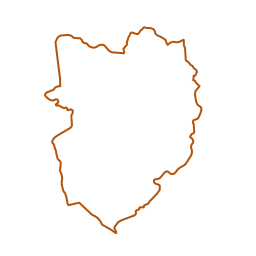 an SVG outline of Copperbelt, rotated 81°
{"feature_id": "ZMB-517", "entity_name": "Copperbelt", "entity_type": "Province", "adm_level": 1, "iso_a3": "ZMB", "parent_name": "Zambia", "parent_adm1": "", "projection": "mercator", "projection_center": [27.632, -13.082], "detail": "fine", "context": "isolated", "style": "outline", "palette": "amber", "viewbox_px": 256, "rotation_deg": 81, "n_neighbors": 0, "source": "natural_earth", "source_scale": "10m", "svg_char_len": 4642}
<svg xmlns="http://www.w3.org/2000/svg" viewBox="0 0 256 256"><g transform="rotate(81 128 128)"><path d="M97.8,50.9L98.3,51.3L102.1,55.6L104.6,56.4L108.6,56.7L112.7,56.5L115.6,55.8L117.3,54.4L118.3,53.2L119.4,52.5L121.7,52.7L123.5,53.4L128.6,56.5L129.9,58.1L130.2,60.4L130.8,62.4L132.8,63.0L134.4,62.7L135.8,62.6L142.4,63.2L143.2,63.8L143.5,64.5L143.7,65.4L144.1,66.2L146.3,68.0L147.6,67.4L148.9,66.1L151.1,65.5L152.9,66.3L154.2,67.6L155.8,68.7L158.1,68.7L159.9,68.4L161.7,68.6L163.4,69.1L164.9,69.9L172.3,76.4L173.6,78.4L175.3,82.9L176.4,85.0L179.4,88.2L180.4,89.9L180.3,92.3L179.3,93.8L177.8,94.8L176.9,96.2L177.5,98.5L179.4,100.9L181.4,102.9L182.8,105.1L183.1,109.8L184.0,110.7L185.4,110.7L186.8,110.1L187.6,109.0L188.9,106.4L190.1,105.6L194.3,106.5L197.9,110.2L203.9,118.2L205.5,119.6L206.1,120.6L206.9,123.9L207.3,124.3L208.5,124.7L208.9,125.1L208.8,125.6L208.4,126.6L208.4,127.0L208.4,127.4L208.3,128.4L208.4,128.9L208.8,129.3L209.3,129.4L209.8,129.5L210.0,129.7L210.9,132.9L211.7,133.4L213.5,133.5L214.3,133.9L215.3,135.2L218.1,148.8L219.5,152.6L222.3,155.3L223.4,156.7L224.9,157.0L226.5,156.7L228.2,156.1L229.8,156.1L229.6,156.7L229.4,157.0L229.1,157.4L225.6,160.9L219.9,168.1L219.5,168.4L219.2,168.7L215.6,170.0L212.5,171.8L211.8,172.4L209.9,174.4L208.3,176.7L207.7,177.4L194.9,187.3L194.6,187.6L194.3,187.9L194.2,188.4L194.9,198.6L194.4,199.1L193.5,199.5L186.3,199.7L182.8,200.3L182.3,200.5L181.2,201.2L180.3,201.6L179.9,201.7L179.3,201.8L173.5,202.3L171.8,202.1L167.6,200.9L166.7,200.8L163.8,200.9L162.2,201.2L160.4,201.7L159.7,201.8L158.6,201.6L153.0,200.1L152.3,200.0L151.5,200.0L150.4,200.2L149.8,200.5L149.4,200.9L149.1,201.2L148.7,201.5L148.0,202.0L147.5,202.2L147.1,202.3L143.9,202.7L139.0,202.8L137.9,203.0L137.1,203.2L136.7,203.4L136.1,203.5L133.6,203.6L132.9,203.8L132.3,204.0L131.2,204.7L130.7,204.9L130.3,205.1L129.5,204.9L128.5,204.4L126.7,202.9L125.6,201.3L124.7,199.6L118.7,184.6L117.4,183.3L115.6,182.8L108.1,182.2L107.0,181.9L106.1,181.5L104.6,180.4L104.1,180.2L103.5,180.1L102.0,179.9L100.7,181.3L100.7,182.5L101.1,183.7L100.8,184.9L100.4,185.1L99.7,185.1L98.9,185.1L98.3,185.6L98.0,186.4L98.2,186.9L98.4,187.4L98.3,188.1L97.6,189.4L94.7,193.2L94.6,193.8L94.7,194.5L94.6,195.1L94.1,195.6L93.5,195.5L92.9,195.0L92.5,194.4L91.9,192.9L90.8,192.6L89.7,192.9L88.9,193.4L88.4,194.6L88.6,195.9L89.2,197.9L88.3,200.2L86.3,202.5L83.9,204.3L82.3,204.9L81.4,204.2L81.1,204.0L80.6,203.4L80.3,202.9L79.7,201.0L79.6,199.4L79.4,198.9L79.1,198.1L78.9,196.5L78.8,196.1L78.6,195.6L78.3,195.3L77.1,194.1L76.8,193.7L76.6,193.3L75.9,191.0L75.9,190.5L76.0,190.0L76.1,189.5L76.2,188.9L76.1,188.4L68.4,187.4L31.9,186.2L28.8,184.2L27.4,183.0L27.1,182.5L26.7,181.7L26.3,180.6L26.2,179.5L26.6,173.5L26.9,172.1L27.5,170.5L28.0,169.6L28.3,169.3L30.0,167.9L30.3,167.5L30.6,167.1L30.8,166.4L31.8,162.0L32.1,161.2L32.4,160.7L32.8,160.5L33.6,160.0L35.4,159.4L36.2,159.0L36.6,158.6L37.1,158.1L38.1,155.7L38.4,155.3L38.7,155.0L40.8,154.0L41.2,153.5L41.8,152.7L42.7,151.1L43.1,150.1L43.3,149.4L43.3,148.8L43.2,147.2L42.9,146.3L41.9,144.2L41.7,143.6L41.6,142.8L41.6,141.3L41.7,140.4L41.9,139.7L42.2,139.3L42.4,138.9L42.7,138.5L43.4,138.0L48.4,134.8L49.1,134.3L49.9,133.3L50.5,132.3L50.8,131.6L51.0,131.0L53.5,120.4L53.4,120.3L53.1,120.1L52.6,120.0L52.1,119.9L51.5,119.9L49.5,120.2L49.0,120.1L48.5,119.7L48.2,118.9L47.9,118.5L47.5,118.3L47.1,118.1L46.8,117.8L46.5,117.0L46.2,116.6L45.9,116.3L45.5,116.0L45.2,115.9L44.9,115.9L43.3,115.8L42.8,115.6L42.4,115.4L41.6,114.8L41.2,114.6L38.8,113.6L38.4,113.3L38.1,113.0L37.5,112.4L37.2,112.1L36.3,111.6L35.4,111.1L35.0,110.8L34.6,110.5L34.3,109.9L34.3,109.4L34.4,108.9L35.1,107.7L36.0,105.8L36.3,105.2L36.7,104.4L36.7,103.8L36.6,103.3L36.3,102.9L34.6,101.1L34.2,100.9L33.8,100.5L33.4,100.1L33.2,99.2L32.9,98.7L32.6,98.3L32.2,98.0L31.8,97.7L31.4,97.2L31.2,96.4L31.2,95.8L31.8,94.8L32.1,94.1L32.9,90.0L33.2,89.4L33.5,88.9L34.3,87.7L34.9,87.1L35.7,86.7L36.1,86.5L36.6,86.4L38.2,86.3L38.7,86.2L39.5,85.8L40.3,85.3L40.9,84.7L41.8,83.6L42.7,81.9L45.9,78.0L46.6,77.4L47.5,77.1L51.0,76.4L51.5,76.2L51.9,75.9L51.9,75.6L51.7,75.3L51.1,74.5L50.2,72.4L50.1,71.8L50.0,71.1L49.9,69.8L50.1,69.1L50.3,68.4L50.6,67.8L50.9,67.0L51.0,64.2L50.9,63.6L49.8,60.4L49.7,59.9L49.7,59.3L50.0,59.1L50.4,59.2L52.5,59.6L54.9,59.8L55.7,59.7L57.5,59.3L58.5,59.2L69.8,60.3L70.4,60.1L70.9,59.7L72.0,58.4L72.5,58.0L73.7,57.3L74.1,57.0L75.4,56.4L76.7,54.8L77.1,54.4L77.5,54.2L78.4,54.0L78.9,53.8L79.6,53.3L80.9,52.0L81.6,51.5L82.0,51.4L83.3,51.0L84.1,51.7L85.5,52.5L86.7,53.4L86.8,53.9L86.6,54.6L86.9,55.1L89.4,55.5L90.4,56.0L90.7,56.2L92.0,54.5L93.3,54.0L93.7,53.8L97.5,51.2L97.8,50.9Z" fill="none" stroke="#b45309" stroke-width="2"/></g></svg>